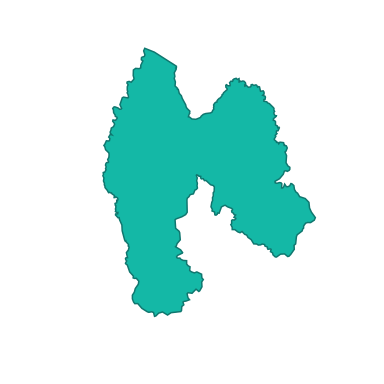 Bafing, Bafing, Ivory Coast (Albers equal-area conic projection), rotated 213°
{"feature_id": "98640826B37750272367318", "entity_name": "Bafing", "entity_type": "district", "adm_level": 2, "iso_a3": "CIV", "parent_name": "Ivory Coast", "parent_adm1": "Bafing", "projection": "albers", "projection_center": [-7.651, 8.455], "detail": "fine", "context": "isolated", "style": "filled", "palette": "teal", "viewbox_px": 384, "rotation_deg": 213, "n_neighbors": 0, "source": "geoboundaries", "source_scale": "gbopen_adm2", "svg_char_len": 6099}
<svg xmlns="http://www.w3.org/2000/svg" viewBox="0 0 384 384"><g transform="rotate(213 192 192)"><path d="M179.2,67.2L176.7,68.9L170.6,67.1L164.2,67.2L162.7,67.6L160.5,69.6L158.6,70.0L155.7,67.3L154.8,68.4L154.0,72.2L151.4,75.3L145.5,75.5L143.8,79.4L136.3,85.6L136.2,86.8L138.2,90.4L137.4,92.9L139.6,94.7L139.2,95.8L137.6,97.3L135.4,100.3L137.8,101.1L140.7,104.0L140.4,105.4L136.8,107.1L135.7,112.7L132.1,112.3L131.7,113.4L132.0,117.9L134.9,121.9L134.8,124.7L137.0,125.4L139.2,128.3L144.4,127.6L146.0,125.4L149.2,124.7L151.2,124.9L152.9,128.2L154.9,128.0L157.2,128.6L159.1,131.5L162.2,129.8L164.7,129.5L166.2,130.0L167.8,128.8L169.0,128.7L169.6,129.2L169.6,130.9L166.8,135.5L166.9,136.1L170.1,137.3L176.0,137.1L175.8,138.3L176.4,140.6L175.8,145.5L180.2,151.2L181.6,152.1L185.9,152.6L191.1,159.5L190.6,160.9L187.0,165.7L185.0,169.6L185.0,172.4L192.0,182.7L192.6,184.3L192.0,186.3L192.1,188.8L189.8,191.2L190.6,195.2L189.7,196.6L189.6,198.3L191.2,200.0L192.2,202.2L194.2,203.9L195.2,206.6L197.5,208.4L197.4,209.0L195.5,209.3L194.8,209.0L193.2,209.9L192.4,208.5L191.3,208.1L189.8,209.3L187.8,208.3L186.5,209.3L180.4,208.2L177.7,209.0L176.1,208.5L173.7,204.5L173.8,202.9L171.9,200.1L171.8,198.5L170.1,196.1L169.8,194.1L168.0,189.9L165.5,188.5L164.9,187.0L162.2,187.5L160.4,185.3L159.3,185.6L158.7,187.1L159.1,188.3L157.7,189.0L159.2,195.5L157.6,198.3L156.7,199.0L154.2,198.9L150.0,199.8L148.6,199.6L148.3,198.9L148.5,197.7L147.4,196.7L145.8,196.8L144.4,196.0L142.9,196.4L143.0,193.6L140.9,193.8L140.7,193.0L141.3,191.4L142.7,190.9L143.3,189.8L141.5,187.0L141.7,185.8L139.2,184.4L137.8,182.4L135.5,183.8L131.9,183.5L129.5,184.0L128.5,186.1L124.7,185.2L122.7,185.7L120.3,184.4L116.5,184.3L111.9,182.1L109.5,183.6L107.5,183.6L105.6,185.1L104.8,186.6L102.5,187.5L101.4,186.4L98.8,186.9L97.8,185.6L97.1,185.3L95.3,186.9L94.4,187.0L93.7,184.7L91.3,184.8L89.8,183.4L86.8,182.9L85.7,183.5L83.9,188.1L80.6,190.5L76.6,190.0L75.7,190.9L75.2,193.3L75.0,199.6L77.4,202.9L76.8,204.9L80.1,211.4L80.5,213.4L78.4,219.3L79.0,221.2L78.7,222.4L79.9,224.4L79.7,227.8L78.4,229.4L75.9,230.9L74.1,235.0L74.6,237.7L81.0,240.2L84.7,242.6L88.3,247.0L93.5,248.2L99.2,246.7L102.8,248.5L104.8,248.6L107.4,249.9L110.1,252.9L112.9,253.3L113.7,252.9L113.4,250.4L114.5,248.6L115.8,247.9L118.6,249.1L117.9,246.3L118.1,244.8L119.1,244.2L121.1,247.8L122.4,248.2L123.7,247.6L125.5,245.6L127.2,245.0L128.2,246.2L125.8,250.8L125.1,256.6L125.9,259.8L124.8,261.0L123.3,261.2L122.3,263.1L122.3,264.3L123.4,266.0L125.8,266.1L129.1,267.8L132.5,274.0L135.8,276.2L135.4,277.4L136.1,280.8L138.0,282.1L140.0,281.3L140.3,282.2L141.2,282.2L141.9,283.2L142.3,283.2L145.4,281.7L145.5,279.7L146.7,280.4L148.0,279.7L148.1,280.2L151.5,280.7L151.9,281.4L152.0,284.3L153.1,284.9L152.5,287.2L153.4,287.3L154.4,289.2L153.2,290.3L153.7,293.4L154.4,293.7L155.1,292.6L156.5,293.9L158.5,293.7L160.2,296.4L161.6,296.9L162.8,296.4L163.6,297.9L162.6,301.2L162.8,301.9L163.8,301.2L165.8,302.2L166.7,303.3L166.6,304.6L168.0,305.3L168.8,306.8L170.0,307.2L175.3,308.3L177.2,307.9L178.3,308.4L181.2,307.3L182.1,308.7L181.2,309.5L182.1,311.6L183.0,312.1L185.4,311.6L184.9,313.4L186.0,315.0L187.4,315.6L189.4,313.8L192.6,316.9L193.4,316.8L194.1,315.7L195.7,316.7L196.7,316.7L198.2,315.1L200.1,315.0L200.8,313.9L200.1,312.9L200.1,312.1L201.8,310.5L204.5,311.0L205.3,309.6L206.2,310.6L205.8,311.8L206.8,312.8L208.6,313.2L209.8,312.8L211.0,311.4L212.6,311.2L212.1,310.2L212.4,309.9L214.3,312.7L215.3,311.1L216.9,311.4L218.4,309.6L218.8,308.3L218.3,307.8L218.3,306.8L219.7,306.2L220.0,304.1L218.7,303.1L218.0,301.9L219.6,300.7L221.5,300.8L221.8,299.9L220.6,298.3L218.8,297.8L218.3,297.1L219.6,292.4L219.3,291.1L219.8,290.1L219.3,289.3L219.5,286.3L220.1,285.6L220.6,283.5L220.7,282.2L220.1,280.9L221.0,280.2L221.4,278.7L221.3,276.7L220.3,275.8L220.0,274.7L218.8,273.2L219.1,271.8L218.7,270.0L219.5,268.4L223.2,265.3L224.8,263.3L225.6,260.6L225.5,259.1L228.3,255.1L231.8,253.2L234.9,253.5L236.0,253.1L236.8,255.6L236.7,256.8L237.3,257.3L237.8,258.6L241.7,259.4L243.3,260.2L244.8,261.7L251.2,265.2L253.3,266.9L256.4,267.8L259.4,270.6L260.3,270.3L260.8,271.1L264.0,271.7L265.9,275.3L268.8,277.6L269.3,279.6L271.8,282.3L272.1,286.1L272.4,286.9L273.2,287.1L272.9,288.0L273.6,289.0L299.8,288.8L309.9,286.8L309.4,284.0L306.2,281.4L305.8,279.8L307.4,277.8L307.5,277.0L306.5,275.3L304.6,275.2L304.0,270.5L302.6,268.1L303.6,266.6L306.6,265.0L307.6,262.4L304.7,257.6L302.6,255.8L302.2,254.8L302.8,250.9L305.0,250.5L306.3,249.0L305.9,247.9L304.0,247.2L303.6,245.0L301.8,242.2L300.6,241.3L300.4,239.8L298.7,238.9L296.9,237.0L297.0,236.0L301.1,234.3L301.8,233.1L300.0,226.0L296.5,223.7L296.7,222.8L297.7,222.0L299.9,222.2L303.1,221.4L303.8,220.7L304.0,218.9L302.6,218.0L300.9,215.8L298.4,214.7L297.6,213.7L295.5,213.8L294.9,213.0L295.2,210.4L297.5,209.4L297.1,208.2L294.6,207.3L293.8,206.6L293.4,204.1L294.5,201.6L293.6,199.6L293.3,197.7L292.6,196.9L290.4,196.3L291.9,195.9L291.8,192.7L290.0,192.1L289.2,190.1L289.7,189.4L291.7,188.3L291.1,184.3L291.3,183.1L289.7,182.4L287.5,180.4L283.0,179.5L281.9,178.2L280.6,175.8L280.4,173.3L278.3,171.7L278.4,171.1L279.6,170.1L279.7,169.0L279.2,167.4L277.6,166.3L277.2,164.4L276.2,163.9L276.0,161.0L277.0,160.2L277.0,159.7L275.9,158.8L275.6,157.1L273.5,155.8L272.4,153.3L271.7,152.5L270.5,152.0L269.4,150.2L268.4,149.7L267.3,148.3L264.1,147.3L261.6,146.0L260.9,146.9L260.0,146.8L259.0,147.4L258.2,146.9L255.2,146.8L254.3,144.9L253.6,145.3L253.4,146.3L253.1,146.4L251.3,146.5L250.2,145.7L249.8,144.2L250.6,144.0L249.3,142.0L250.3,140.5L249.1,139.1L248.6,139.2L247.2,137.2L247.0,136.0L246.1,135.5L245.6,133.9L243.9,133.9L243.0,134.5L242.4,133.2L244.1,132.0L243.7,131.1L239.9,130.1L239.1,130.8L237.8,129.4L232.8,126.1L229.4,121.4L222.4,115.1L221.2,114.4L220.9,115.0L220.3,114.4L216.8,113.4L216.2,112.7L216.2,112.0L214.7,111.5L213.6,108.0L213.9,107.7L214.0,105.4L210.3,101.8L211.5,100.9L211.6,100.1L210.7,99.1L209.2,98.6L209.0,96.0L207.8,95.5L206.6,95.6L200.7,91.0L195.4,89.6L194.6,87.9L193.2,88.2L191.7,89.3L188.0,88.2L186.8,85.4L187.0,80.2L185.8,76.5L185.8,73.0L183.8,69.9L181.2,68.0L179.2,67.2Z" fill="#14b8a6" stroke="#0f766e" stroke-width="1.5"/></g></svg>